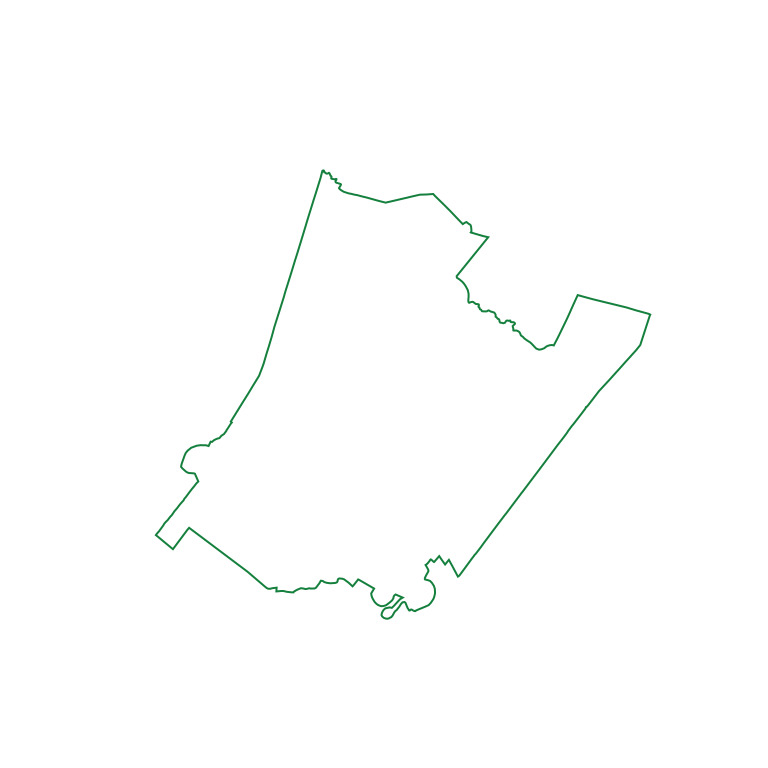 outline of Bilciuresti, Dâmbovita, Romania, rotated 155°
{"feature_id": "2599482B66874014167164", "entity_name": "Bilciuresti", "entity_type": "district", "adm_level": 2, "iso_a3": "ROU", "parent_name": "Romania", "parent_adm1": "Dâmbovita", "projection": "equal_earth", "projection_center": [25.791, 44.734], "detail": "fine", "context": "isolated", "style": "outline", "palette": "green", "viewbox_px": 768, "rotation_deg": 155, "n_neighbors": 0, "source": "geoboundaries", "source_scale": "gbopen_adm2", "svg_char_len": 6142}
<svg xmlns="http://www.w3.org/2000/svg" viewBox="0 0 768 768"><g transform="rotate(155 384 384)"><path d="M349.8,603.2L354.4,597.6L359.4,592.1L364.3,586.7L369.4,581.2L376.2,573.7L380.2,569.3L384.9,564.1L388.9,559.6L399.4,547.9L407.7,538.7L412.6,533.4L421.4,523.6L434.3,509.5L438.1,505.1L444.4,498.2L459.1,482.2L465.6,474.5L472.7,466.5L477.3,461.5L484.6,453.2L487.7,450.1L493.8,444.2L502.6,438.4L511.4,432.5L519.0,427.6L538.7,414.7L538.2,413.4L539.4,412.9L545.1,409.3L546.0,408.9L546.6,408.2L549.6,406.6L550.1,406.3L553.3,405.8L556.1,404.5L557.7,404.9L559.8,405.0L561.9,404.9L564.4,404.2L565.5,405.0L569.2,401.9L571.2,403.7L574.4,405.2L575.9,406.0L579.7,407.2L585.6,407.7L590.1,406.6L592.8,405.3L595.0,403.4L600.9,397.4L602.7,395.1L602.9,394.6L602.4,392.7L600.5,388.3L599.7,387.1L598.5,385.8L596.6,384.8L594.5,383.6L593.5,382.9L593.3,382.6L593.5,374.1L596.1,373.2L599.7,371.3L600.4,371.0L602.5,370.0L605.8,368.3L609.5,366.3L611.9,365.0L613.0,364.6L613.5,364.3L614.9,363.2L615.6,362.9L616.0,362.8L617.5,362.1L618.4,361.8L619.8,361.1L621.6,360.2L623.2,359.3L625.3,358.3L627.6,357.3L631.6,354.9L632.6,354.5L633.4,354.2L634.9,353.5L637.3,352.2L638.9,351.6L640.6,351.0L642.1,350.3L643.0,349.7L643.6,349.2L650.3,345.5L651.8,344.9L653.3,344.2L654.6,343.5L645.1,323.5L623.9,334.9L621.4,336.0L587.0,271.5L577.8,251.3L576.5,248.6L575.7,247.6L573.8,246.5L571.8,246.2L569.9,245.6L568.7,245.2L567.4,244.8L569.2,241.5L567.9,241.0L564.0,239.6L562.5,238.8L559.7,236.6L555.9,234.3L554.1,233.4L553.3,233.9L550.6,234.2L548.3,234.2L546.6,234.1L545.6,234.0L544.9,233.6L543.9,233.0L541.9,231.4L541.1,231.1L540.0,230.8L539.4,230.7L538.6,230.6L537.8,230.3L537.3,229.8L533.3,228.0L531.8,228.1L526.8,230.7L524.4,232.4L522.8,231.4L521.8,229.7L519.9,228.0L517.1,226.2L512.6,224.4L510.7,224.1L509.6,224.7L508.7,226.0L507.7,226.7L506.8,226.7L505.9,226.2L504.0,225.1L502.7,223.8L500.1,219.0L498.0,213.9L497.4,214.1L494.1,215.7L490.0,217.8L489.5,217.2L488.5,215.8L479.4,202.8L484.1,199.6L484.7,197.7L485.0,195.1L484.7,191.0L484.2,189.1L483.2,186.9L482.9,186.4L481.3,184.6L480.4,183.8L478.6,183.1L475.8,182.6L473.7,183.0L470.3,183.8L468.1,184.5L466.2,185.7L465.1,187.2L464.0,188.0L462.4,188.3L457.3,182.5L460.4,182.2L469.1,178.6L471.5,177.8L473.2,179.1L475.4,179.6L477.6,180.1L479.9,179.4L481.3,178.5L482.8,177.2L483.9,175.7L483.9,174.2L483.2,172.4L481.4,170.5L480.0,169.8L479.1,169.6L478.1,169.5L477.5,169.7L476.5,169.6L475.8,169.7L474.1,170.5L471.9,172.1L470.3,173.2L467.8,173.9L464.1,175.8L461.7,177.4L459.5,178.3L457.7,177.8L457.0,176.8L457.1,174.8L457.3,171.4L456.9,168.2L456.4,167.8L455.3,168.2L454.4,168.0L452.9,165.9L451.9,165.0L451.4,164.9L450.6,165.2L447.9,165.1L441.9,164.8L437.0,164.7L434.0,165.9L430.2,168.2L428.3,170.0L426.1,172.9L424.5,176.8L424.1,179.9L424.6,183.5L424.7,183.8L425.2,185.3L425.4,185.9L426.7,187.3L429.4,189.5L429.4,190.1L429.2,190.5L428.6,191.2L426.4,193.0L423.0,195.4L422.6,196.3L422.4,197.0L422.7,201.7L422.8,202.4L422.0,202.5L421.0,202.8L420.0,203.1L417.6,204.3L416.2,205.2L415.8,205.3L415.4,204.9L414.1,201.7L413.9,201.5L413.5,201.6L406.7,204.7L405.9,199.8L404.9,194.6L399.5,197.2L399.1,191.5L398.4,178.2L397.1,178.4L396.6,178.6L393.0,180.5L378.2,188.6L375.1,190.2L374.8,190.5L372.3,191.5L365.0,195.3L361.3,197.4L358.7,198.8L341.0,208.3L329.8,214.2L328.1,215.0L320.8,218.9L306.3,226.6L305.8,226.9L304.9,227.4L304.3,227.6L290.4,235.0L280.0,240.5L253.0,255.0L243.4,259.9L238.3,262.7L237.2,263.5L231.5,266.6L229.8,267.3L217.4,273.7L212.1,276.5L211.4,277.1L210.8,277.6L210.6,277.4L208.3,278.3L192.0,286.8L178.2,292.4L168.8,296.4L164.7,298.1L161.0,299.7L155.4,302.1L141.2,308.1L135.3,311.0L113.7,334.2L113.4,334.4L114.1,335.3L115.0,336.2L124.2,344.0L131.9,350.9L156.6,370.7L159.3,372.9L170.9,382.7L171.2,382.4L173.0,380.9L181.2,373.9L185.4,370.2L190.7,365.7L197.3,360.3L206.9,352.5L213.6,347.4L213.8,347.2L215.2,348.3L217.1,349.0L219.6,349.4L221.3,349.3L223.6,348.7L226.6,348.9L229.0,349.6L231.0,351.7L231.8,353.9L232.4,355.8L233.4,358.7L234.1,360.2L235.3,362.0L237.0,364.9L237.7,366.3L238.0,367.6L239.4,370.2L239.2,372.5L239.4,373.9L240.1,375.1L241.2,376.4L243.4,377.4L244.1,377.8L244.1,378.1L243.9,378.5L243.5,379.2L243.3,380.0L243.2,381.1L242.8,382.2L241.8,382.5L239.9,383.2L239.7,383.7L240.0,384.6L240.5,385.3L241.7,385.8L242.9,386.6L243.0,387.0L242.8,387.4L242.8,388.1L243.3,388.4L243.8,388.4L244.6,388.7L245.3,389.4L245.9,389.6L246.4,389.6L246.8,389.4L248.6,388.4L250.1,388.6L251.2,389.5L252.7,390.5L252.9,391.7L252.5,393.0L252.4,393.8L252.6,394.4L253.4,395.1L253.7,396.6L254.4,397.8L253.6,399.5L253.6,400.7L253.9,402.1L255.0,403.2L256.8,404.7L257.7,406.1L258.3,406.6L259.9,406.4L261.0,406.7L262.7,407.6L264.1,408.3L264.5,408.8L264.6,410.3L265.4,411.2L265.5,411.8L265.4,412.4L265.2,413.0L265.6,413.6L265.7,414.1L265.6,414.4L264.8,415.1L264.5,416.0L265.3,416.8L266.4,417.4L267.1,417.9L268.3,420.3L268.9,421.0L270.0,421.4L272.5,421.6L272.8,422.2L272.5,423.6L272.2,424.3L270.3,427.6L269.2,430.1L268.4,433.6L268.6,438.1L269.1,441.1L269.8,443.5L271.3,446.7L273.0,449.5L272.6,451.0L227.5,473.0L230.1,475.0L231.9,476.4L240.2,483.7L241.1,484.4L241.3,484.7L240.5,485.1L240.0,485.9L239.2,488.0L238.7,489.5L238.5,490.5L238.4,491.2L238.5,491.7L238.7,492.2L239.5,493.3L240.8,495.9L241.3,496.0L243.3,495.9L243.9,495.8L245.0,495.6L246.7,500.4L250.9,512.9L254.1,521.7L258.4,533.1L259.1,535.4L262.5,536.7L265.4,537.8L271.4,540.4L280.2,542.3L284.2,543.1L301.3,546.7L305.9,547.7L311.2,552.0L321.0,560.4L324.8,563.4L328.2,566.3L330.9,568.2L333.2,570.1L335.2,571.5L336.9,573.0L339.3,575.3L340.8,577.5L341.5,578.8L341.9,579.8L342.0,580.4L341.9,580.7L341.5,580.9L339.1,582.5L338.7,583.0L338.8,583.6L341.9,586.4L342.4,587.0L342.5,587.7L342.2,588.4L341.7,588.8L340.9,589.2L340.5,589.7L340.6,590.0L340.9,590.2L341.6,590.2L341.9,590.2L344.6,592.0L344.9,592.4L344.9,592.8L344.6,593.3L344.1,593.7L344.0,594.4L344.2,595.0L344.5,595.5L344.3,596.6L344.3,596.9L344.4,597.7L344.4,598.2L344.6,598.6L345.0,598.7L345.5,598.5L345.8,598.5L346.4,598.6L347.3,599.1L347.5,599.3L347.8,600.3L348.2,600.9L348.6,601.0L348.7,601.3L348.7,601.6L348.4,602.1L348.3,602.5L348.3,602.8L348.4,603.0L349.0,603.3L349.4,603.3L349.8,603.2Z" fill="none" stroke="#15803d" stroke-width="2"/></g></svg>